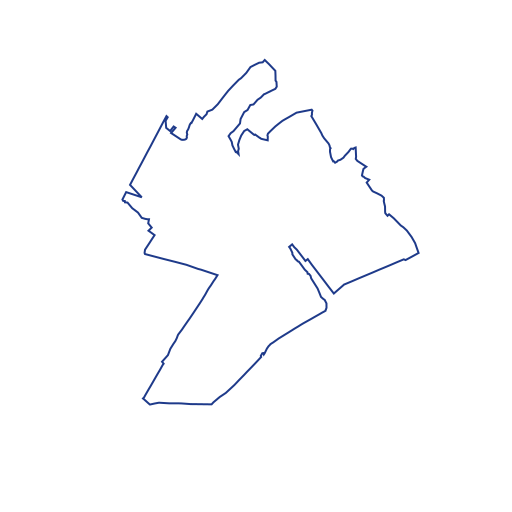 outline of Tenango del Aire, México, Mexico, rotated 296°
{"feature_id": "50627088B51440180010227", "entity_name": "Tenango del Aire", "entity_type": "district", "adm_level": 2, "iso_a3": "MEX", "parent_name": "Mexico", "parent_adm1": "México", "projection": "robinson", "projection_center": [-98.865, 19.149], "detail": "fine", "context": "isolated", "style": "outline", "palette": "blue", "viewbox_px": 512, "rotation_deg": 296, "n_neighbors": 0, "source": "geoboundaries", "source_scale": "gbopen_adm2", "svg_char_len": 5009}
<svg xmlns="http://www.w3.org/2000/svg" viewBox="0 0 512 512"><g transform="rotate(296 256 256)"><path d="M436.0,177.9L433.0,177.1L431.1,174.1L427.3,171.1L423.4,168.2L416.3,167.0L409.2,164.6L406.9,163.3L405.1,162.7L399.4,160.8L392.3,158.6L388.2,157.7L383.5,156.7L375.6,155.1L368.4,152.6L364.5,149.0L361.7,149.4L358.3,148.2L355.6,147.6L357.3,141.1L357.6,139.9L357.1,139.9L350.1,139.8L348.5,139.7L347.5,139.7L347.5,139.4L347.2,139.2L346.4,139.1L345.8,139.1L345.4,138.9L344.5,139.0L343.7,139.1L342.5,139.3L340.2,139.5L339.0,139.4L338.3,139.3L337.8,139.4L337.3,139.5L336.6,139.7L335.6,140.5L335.0,141.0L334.5,141.0L333.7,141.1L333.1,141.3L332.3,141.9L331.5,142.0L330.8,142.0L330.0,141.5L329.4,141.0L328.7,140.0L328.5,139.6L328.2,139.1L328.1,138.6L327.8,138.0L327.9,136.7L329.3,125.8L336.0,127.5L336.3,125.2L330.7,124.0L331.8,119.1L337.9,115.5L342.0,115.8L342.5,114.2L335.3,113.9L328.2,113.7L324.7,113.6L321.6,113.5L315.4,113.3L308.4,113.1L301.5,112.8L294.6,112.6L288.4,112.4L283.6,112.2L279.4,112.1L271.4,111.8L264.7,111.6L261.7,119.6L258.7,127.6L256.5,111.3L248.2,111.2L247.3,112.5L247.9,114.0L246.8,114.7L247.7,117.1L244.7,123.8L243.3,130.9L240.2,136.6L240.8,140.1L241.5,142.5L242.1,143.7L238.1,144.8L235.8,149.8L231.6,148.3L230.3,155.7L225.0,155.0L220.7,154.5L213.0,153.5L209.9,154.5L209.1,155.4L210.6,163.0L212.9,174.5L215.3,185.9L217.6,197.4L219.0,209.7L219.6,212.5L221.9,229.8L217.2,229.3L215.0,228.9L212.4,228.6L209.7,228.3L208.0,228.0L206.1,227.7L203.8,227.5L199.3,227.3L198.1,227.2L195.3,226.9L193.8,226.8L188.7,226.2L181.2,225.2L177.4,224.7L170.3,223.7L168.0,223.3L160.9,222.2L157.3,221.7L151.3,220.5L150.4,220.5L147.5,220.8L144.1,220.8L140.9,220.3L139.9,220.2L135.1,219.7L128.3,220.3L124.0,219.1L119.8,217.9L118.7,220.2L117.2,219.9L111.5,219.6L106.4,219.2L100.5,218.8L93.1,218.3L89.5,218.0L82.4,217.5L80.0,217.4L78.4,216.9L78.2,217.8L76.3,224.5L76.0,225.8L79.1,229.7L81.6,233.1L85.5,242.5L88.5,248.6L90.6,253.1L94.4,262.6L94.5,262.7L98.0,270.1L99.7,273.7L103.2,281.1L105.9,281.9L111.1,284.2L111.4,284.3L112.4,284.8L113.2,285.1L119.7,288.9L123.3,290.3L130.5,293.1L136.9,295.1L144.1,297.5L147.7,298.6L151.3,299.8L158.4,302.1L162.9,303.5L167.5,304.9L168.3,304.1L171.4,304.3L172.0,305.2L171.0,306.2L172.3,306.4L173.4,306.4L175.3,306.4L176.9,306.4L177.8,306.4L178.7,306.6L179.7,306.7L180.7,306.9L181.7,307.3L183.0,307.6L184.4,308.4L185.0,308.8L185.8,309.3L191.9,312.6L197.9,316.4L202.3,319.2L203.3,319.8L205.5,321.2L206.2,321.6L208.1,322.8L211.3,324.9L213.9,326.5L216.2,328.0L223.1,332.8L225.0,334.1L226.2,334.9L231.3,338.4L234.6,340.6L235.1,341.0L235.5,341.3L237.3,342.5L238.0,342.3L238.5,342.2L238.7,342.3L239.0,342.2L240.3,342.1L244.3,340.1L246.7,336.9L246.8,335.7L247.5,333.1L247.7,332.4L250.8,329.0L253.8,325.6L255.9,322.2L260.1,315.4L262.1,313.7L263.1,311.5L262.7,310.2L264.0,309.3L265.1,305.8L267.4,301.5L269.7,297.1L269.5,296.4L269.9,294.8L270.3,294.2L270.3,293.2L273.4,288.0L274.9,287.2L275.1,286.9L276.4,285.3L277.8,283.5L278.7,281.8L282.3,283.4L280.7,286.5L279.6,289.9L276.9,295.3L274.5,300.1L273.2,302.6L275.9,303.9L272.6,310.0L268.9,317.4L264.2,326.8L260.1,334.9L256.4,342.4L260.2,344.0L264.7,345.9L269.2,347.8L269.4,348.1L275.1,353.1L280.8,358.0L286.5,363.0L292.2,368.0L297.9,372.9L300.7,375.4L306.4,380.4L312.1,385.3L317.8,390.3L317.9,392.2L323.9,396.5L330.0,400.8L334.3,396.4L337.3,393.4L341.3,387.5L345.0,380.4L346.4,375.9L346.9,372.7L350.3,363.3L351.8,357.3L349.8,356.6L350.5,354.9L350.9,354.0L351.2,353.4L351.7,353.1L352.1,352.8L357.0,350.3L357.5,349.9L359.9,347.9L360.7,347.3L361.3,346.8L361.5,346.7L361.8,346.6L362.2,346.6L364.4,345.4L365.3,342.3L365.4,337.5L365.4,337.1L365.3,333.0L365.7,331.5L370.5,323.3L374.2,324.3L373.9,319.9L374.5,317.9L374.3,316.9L374.9,315.9L378.6,315.0L381.3,314.4L383.5,315.4L384.6,316.0L384.9,313.4L385.9,305.4L387.0,303.1L389.0,302.5L397.2,298.0L396.2,297.0L394.7,296.5L394.8,295.7L394.4,294.9L394.2,294.4L393.2,294.1L390.0,293.5L385.0,291.9L382.7,291.5L379.5,289.7L377.7,287.8L376.4,287.5L374.5,286.2L375.3,284.2L374.9,283.8L376.8,281.3L377.7,280.2L378.3,279.7L381.1,277.6L382.0,276.9L382.8,276.5L384.7,275.6L385.6,275.8L386.3,274.6L387.6,273.6L388.9,271.9L391.7,265.6L393.4,262.8L395.1,260.8L398.2,256.2L400.5,252.8L406.0,244.4L407.4,244.4L409.2,243.5L411.4,243.0L411.9,241.9L407.3,235.8L402.6,229.6L399.0,227.2L395.4,224.8L391.8,222.3L389.1,220.5L384.6,218.3L381.0,216.6L374.5,214.2L371.2,213.1L369.4,213.4L368.6,214.2L365.1,215.8L363.6,209.3L363.9,207.8L363.8,207.6L364.8,202.0L364.1,201.5L364.1,201.0L366.1,192.6L365.6,192.3L363.2,190.6L357.8,189.9L353.0,190.2L348.2,191.0L344.8,193.5L342.5,193.9L339.9,195.7L340.8,193.2L340.7,193.2L340.5,192.3L342.8,189.2L345.1,186.3L347.9,184.2L349.1,182.6L351.7,178.8L355.3,179.4L358.3,181.0L363.4,182.3L368.1,183.5L372.4,182.1L380.2,182.3L383.5,184.4L389.2,184.7L391.1,187.3L397.1,188.9L400.4,190.8L404.9,192.3L405.6,193.0L411.7,197.7L414.7,200.1L417.3,200.4L421.4,198.1L421.5,198.0L422.2,196.7L426.6,194.5L430.9,192.2L432.4,188.2L434.1,183.7L436.0,177.9Z" fill="none" stroke="#1e3a8a" stroke-width="2"/></g></svg>